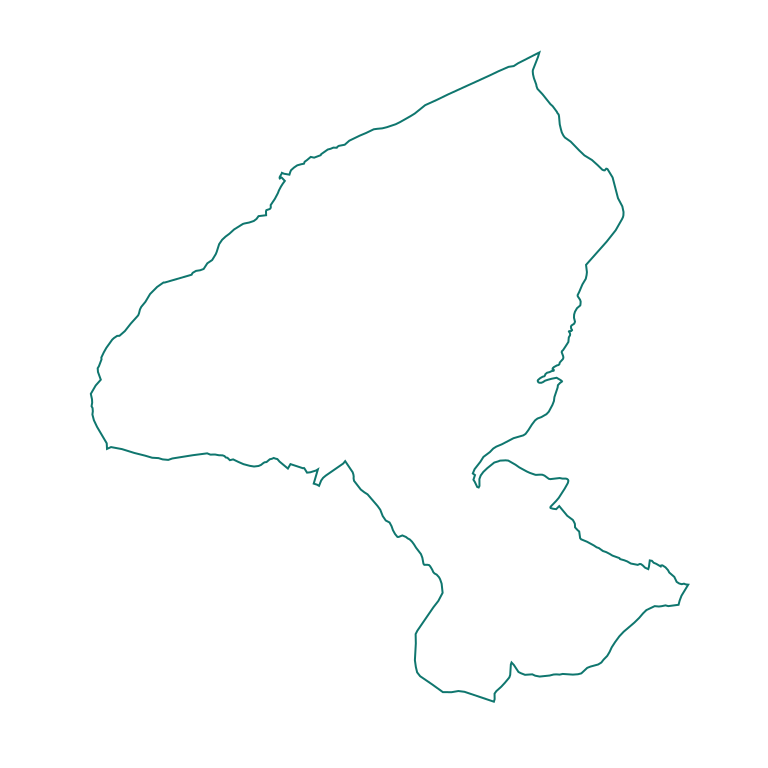 Oncesti, Maramures, Romania, rotated 87°
{"feature_id": "2599482B10269733092117", "entity_name": "Oncesti", "entity_type": "district", "adm_level": 2, "iso_a3": "ROU", "parent_name": "Romania", "parent_adm1": "Maramures", "projection": "robinson", "projection_center": [23.991, 47.848], "detail": "fine", "context": "isolated", "style": "outline", "palette": "teal", "viewbox_px": 768, "rotation_deg": 87, "n_neighbors": 0, "source": "geoboundaries", "source_scale": "gbopen_adm2", "svg_char_len": 6132}
<svg xmlns="http://www.w3.org/2000/svg" viewBox="0 0 768 768"><g transform="rotate(87 384 384)"><path d="M434.3,664.0L432.7,659.9L435.3,649.1L439.8,636.9L443.0,626.5L445.5,619.4L446.2,613.1L447.7,609.0L448.5,603.4L447.3,599.3L445.1,578.6L444.0,564.2L445.4,561.2L445.6,556.3L446.5,552.6L446.8,549.0L447.6,547.1L449.1,545.8L449.5,544.2L452.0,541.9L451.4,538.6L454.2,533.5L456.7,528.5L458.7,522.3L459.6,518.1L459.3,513.6L458.4,511.1L456.4,508.3L455.9,507.1L455.8,505.4L453.2,502.0L452.8,499.8L452.1,498.0L452.8,496.4L453.4,494.4L456.0,492.4L463.4,484.4L459.1,481.6L463.9,469.3L463.7,468.3L464.3,467.8L468.5,465.5L468.3,462.2L466.8,456.3L465.8,454.5L479.8,459.4L481.1,456.0L482.3,454.2L477.1,451.8L474.5,449.7L472.4,446.9L461.3,428.9L459.0,426.8L470.5,419.9L472.8,419.3L474.8,419.1L476.6,419.3L479.1,419.0L488.2,412.7L491.2,409.2L493.3,406.2L505.5,396.8L509.4,394.3L515.8,392.2L520.4,389.4L522.6,385.7L526.4,383.9L530.5,382.7L534.4,380.8L537.4,378.6L537.5,377.4L536.2,373.6L537.9,370.1L539.5,368.3L540.6,366.4L542.9,364.3L545.8,362.4L549.1,360.6L555.8,356.0L559.5,354.8L565.6,354.0L566.7,353.2L566.8,350.1L567.2,348.5L568.5,347.4L571.9,345.6L574.5,344.6L575.9,343.4L577.1,341.4L579.8,339.2L581.9,338.2L586.4,336.9L595.6,336.4L603.5,341.1L609.5,346.3L632.1,363.6L635.4,365.5L644.8,365.8L661.4,367.6L668.3,367.0L673.7,366.0L677.7,363.2L686.7,351.4L694.8,341.3L695.3,332.6L694.5,325.8L695.6,319.7L707.0,290.9L704.5,290.0L699.0,289.8L696.6,287.9L692.4,282.7L688.7,278.9L683.6,274.2L681.1,273.2L670.7,272.0L668.8,271.2L671.4,269.0L678.6,264.8L680.0,262.4L681.8,258.4L681.7,251.1L683.2,248.3L684.3,243.9L683.8,233.8L683.0,229.9L683.0,226.9L683.4,223.8L682.9,220.7L684.1,210.6L684.0,205.5L683.3,202.1L678.1,195.9L677.0,192.6L675.3,184.8L673.5,181.5L670.8,179.2L667.2,175.3L663.3,172.7L658.9,170.4L653.8,166.7L648.3,162.2L643.9,157.6L635.4,146.5L631.0,141.5L626.6,137.3L623.5,133.8L620.0,125.3L620.6,121.1L620.4,118.3L619.8,114.5L620.7,111.7L619.9,101.4L615.8,100.1L611.0,98.0L600.3,90.7L599.9,93.2L599.1,94.9L599.5,97.1L598.7,99.6L596.9,102.1L591.8,104.2L587.2,109.0L584.8,110.1L581.8,112.5L579.7,115.4L579.7,116.7L580.7,117.2L577.8,121.6L576.6,124.1L574.6,125.7L574.1,127.8L580.4,129.0L582.7,129.8L581.1,132.9L578.7,135.1L577.4,136.7L577.1,137.9L577.9,140.1L576.2,146.9L573.9,150.4L572.6,153.3L571.2,157.4L570.2,158.0L567.3,164.9L565.5,167.5L563.5,170.9L562.2,174.2L559.1,178.0L558.2,180.2L556.2,182.9L552.1,189.6L549.4,195.3L548.2,196.2L541.5,196.8L540.1,198.3L537.2,200.7L533.7,200.7L532.1,201.3L529.7,202.5L525.2,207.9L515.1,215.4L518.0,218.6L517.4,221.8L516.6,224.1L515.9,224.3L515.2,224.0L509.7,218.1L506.8,215.4L497.9,209.0L492.7,205.7L491.0,205.1L490.0,205.0L489.2,205.3L488.4,206.2L488.0,207.3L487.8,210.8L487.1,213.5L487.7,222.9L487.3,224.4L483.9,228.5L482.9,230.6L482.7,232.6L482.7,237.1L482.4,238.1L480.4,243.0L478.9,245.9L474.4,253.2L471.5,256.9L467.0,263.9L466.6,266.5L466.6,272.2L467.2,273.9L468.2,278.0L473.4,285.2L477.0,289.4L480.4,292.2L483.9,293.7L490.8,294.0L492.3,294.9L491.7,296.3L486.4,298.5L484.3,299.7L479.7,297.9L478.0,300.0L473.8,298.0L466.8,291.9L462.0,288.5L457.5,281.8L454.2,278.3L452.4,275.1L450.4,269.5L444.9,257.5L442.6,247.6L441.3,245.3L437.7,242.3L432.2,238.4L428.2,235.0L426.5,232.5L425.3,228.6L422.6,223.3L420.3,220.9L413.7,216.9L409.9,215.2L406.0,214.5L396.6,210.8L394.3,210.4L392.0,208.0L391.1,206.4L390.6,206.1L389.5,207.2L386.8,211.3L387.5,216.1L388.3,219.9L389.1,222.9L390.5,225.3L391.0,226.9L390.9,228.7L390.4,229.7L389.5,230.2L388.7,230.3L388.0,229.9L386.3,227.7L385.0,225.1L384.7,223.6L384.2,223.0L382.6,222.3L381.3,220.6L380.8,218.1L379.7,215.4L379.8,214.6L379.5,213.8L378.9,213.7L378.5,213.9L378.2,214.8L377.4,214.8L376.9,214.5L376.1,213.6L374.5,210.4L374.2,208.8L373.5,207.9L371.7,207.3L368.4,204.0L367.2,203.5L365.7,203.6L361.5,204.9L360.6,204.6L359.4,203.3L355.9,200.7L351.7,197.7L347.1,197.0L345.1,195.7L343.9,195.5L342.9,195.7L341.3,196.6L340.9,196.3L340.9,194.3L340.1,193.4L339.5,193.5L338.6,194.2L336.4,194.3L335.4,193.7L333.7,190.9L331.8,190.0L327.8,190.8L324.6,190.5L321.8,189.5L318.4,187.3L315.8,183.9L314.5,183.6L312.0,183.3L310.1,183.8L306.6,185.9L305.4,186.0L302.2,184.2L295.0,180.7L289.5,177.0L285.9,176.0L282.9,175.5L275.6,176.0L253.4,154.1L242.6,144.6L231.7,137.6L229.8,136.6L228.1,136.1L224.8,135.8L219.1,136.7L210.7,140.6L189.7,144.9L181.2,149.5L180.8,150.1L180.6,150.8L182.2,152.4L182.1,153.3L181.5,154.7L176.7,159.1L171.2,164.6L166.2,171.9L161.0,176.8L151.7,184.9L147.3,190.5L145.2,191.9L142.0,193.3L138.4,194.1L133.9,194.9L125.8,195.2L124.0,195.5L122.4,196.7L121.3,197.1L115.4,201.0L113.2,203.2L103.0,210.5L97.3,215.3L94.7,216.1L92.9,216.3L86.4,218.3L82.5,219.0L79.6,219.1L78.3,218.9L65.5,213.1L61.0,211.5L70.7,233.3L73.3,237.8L73.8,243.0L77.7,253.4L81.4,262.3L98.1,304.7L103.0,316.3L107.7,328.3L115.5,339.1L117.7,343.1L123.4,354.5L125.2,358.7L127.7,367.7L128.6,372.3L128.8,377.3L129.1,380.9L132.4,388.8L134.7,395.2L139.2,405.9L143.0,410.7L143.8,416.5L144.6,418.0L145.6,418.8L145.3,422.2L146.3,425.0L146.9,427.9L151.1,434.6L152.2,435.3L154.3,441.9L153.4,445.3L156.3,449.1L157.9,451.6L159.8,452.4L160.2,455.2L161.1,459.2L163.1,462.5L165.6,465.6L167.1,466.4L170.0,467.5L168.8,472.8L167.8,474.9L168.6,475.2L171.6,477.2L172.7,477.5L173.3,477.3L173.2,477.0L172.3,476.6L172.3,475.8L172.6,475.3L176.0,472.4L178.8,474.7L181.5,476.6L185.2,478.8L187.9,480.0L193.4,483.3L199.4,487.8L201.6,487.8L202.6,488.2L203.3,489.0L204.2,492.3L205.3,492.8L209.3,492.9L209.8,500.5L212.5,502.7L214.4,505.5L215.7,510.2L216.4,515.0L216.8,516.6L221.8,525.6L225.9,530.6L228.5,534.5L231.5,538.1L235.7,541.3L243.4,544.2L245.5,545.2L251.2,549.1L254.2,554.1L259.7,558.1L260.8,561.7L261.2,565.8L262.9,569.1L263.7,569.8L264.8,570.4L271.2,597.7L271.1,598.9L275.2,605.5L281.9,612.9L289.5,618.0L294.3,622.4L296.8,623.8L300.7,625.0L302.6,625.9L310.4,633.7L317.6,640.0L322.0,645.6L322.0,648.0L324.0,651.3L325.5,653.1L333.4,659.4L337.8,662.2L342.8,664.9L344.6,664.8L351.4,667.8L353.3,669.1L357.0,669.0L364.9,666.6L370.4,672.0L378.5,677.3L384.0,676.4L387.4,676.4L390.9,677.2L392.8,676.3L396.0,676.2L399.2,676.8L405.0,675.6L411.8,672.8L428.7,664.0L434.3,664.0Z" fill="none" stroke="#0f766e" stroke-width="2"/></g></svg>